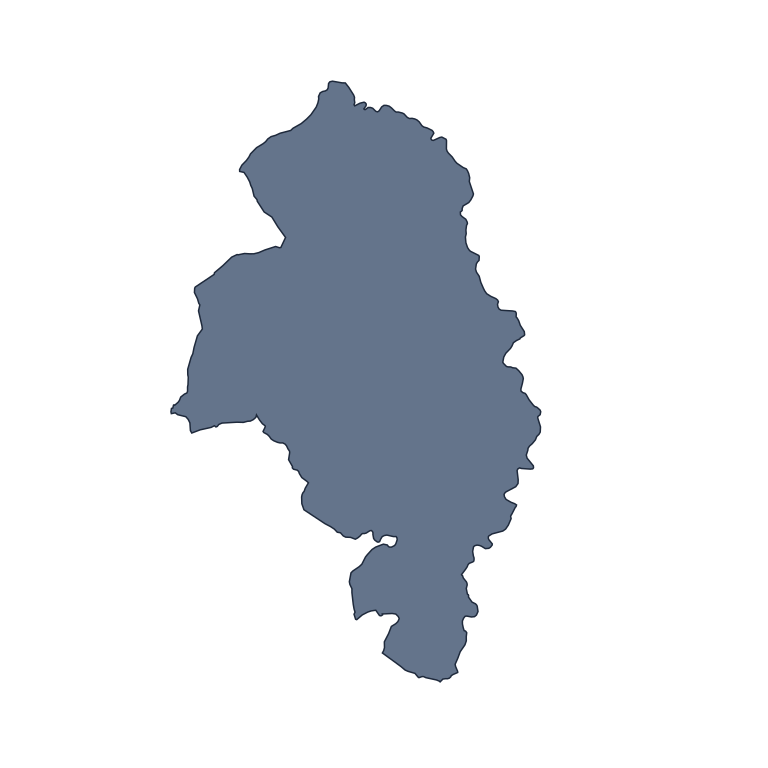 the district of Cuautempan, Puebla, Mexico, rotated 145°
{"feature_id": "50627088B27236807147286", "entity_name": "Cuautempan", "entity_type": "district", "adm_level": 2, "iso_a3": "MEX", "parent_name": "Mexico", "parent_adm1": "Puebla", "projection": "albers", "projection_center": [-97.792, 19.919], "detail": "fine", "context": "isolated", "style": "filled", "palette": "slate", "viewbox_px": 768, "rotation_deg": 145, "n_neighbors": 0, "source": "geoboundaries", "source_scale": "gbopen_adm2", "svg_char_len": 6171}
<svg xmlns="http://www.w3.org/2000/svg" viewBox="0 0 768 768"><g transform="rotate(145 384 384)"><path d="M519.4,248.2L525.8,241.9L526.9,239.4L527.7,234.7L530.0,231.4L535.6,221.1L537.6,216.8L538.6,213.7L540.6,212.6L542.2,207.6L541.5,206.6L534.2,207.3L528.2,206.5L524.7,205.5L520.5,203.4L520.5,197.0L519.8,196.1L519.0,195.7L517.6,195.7L517.3,196.6L508.9,191.3L506.3,188.8L505.7,185.4L506.1,183.1L508.9,181.4L511.9,180.9L517.0,181.2L523.4,176.9L531.6,172.6L534.8,167.8L537.2,165.8L539.6,164.6L532.3,143.2L530.8,137.6L529.1,134.8L524.6,129.2L524.2,124.3L523.8,123.4L520.6,122.5L519.3,121.5L518.2,119.5L510.8,111.5L509.2,109.0L508.9,107.8L505.0,108.5L502.6,107.3L501.0,106.1L499.3,105.6L497.4,105.8L496.2,106.5L494.0,106.4L489.1,105.4L488.5,106.4L487.4,111.5L486.5,113.6L480.9,117.0L475.1,121.0L467.3,123.9L463.9,126.4L461.5,129.9L458.9,132.8L458.9,134.8L459.8,136.0L458.9,138.9L457.4,142.4L455.7,144.9L453.1,146.5L450.8,147.2L449.4,146.5L446.0,143.0L443.3,141.5L440.8,141.7L437.5,143.7L435.1,148.5L434.9,149.7L435.1,151.4L437.0,154.9L437.0,161.0L436.1,162.1L435.8,163.0L436.2,164.0L433.9,169.3L431.1,171.7L430.3,173.2L430.0,174.7L430.3,179.6L429.6,182.0L429.9,182.7L429.8,183.4L423.6,185.4L420.8,186.5L418.8,187.8L417.1,188.2L413.2,187.3L412.1,187.4L411.1,188.3L410.0,189.9L409.4,191.9L407.4,196.0L404.0,199.3L402.5,199.5L400.2,198.7L398.4,197.0L397.2,195.2L395.4,191.0L392.4,189.3L390.5,189.2L387.8,190.0L387.0,190.9L387.4,196.6L387.0,197.8L386.1,199.1L385.3,199.4L381.4,199.2L371.0,195.4L367.6,195.4L363.1,197.1L357.1,200.8L356.2,202.9L355.2,203.7L354.7,203.7L347.1,207.7L346.2,207.8L344.8,208.9L345.6,211.0L347.8,214.3L350.2,219.4L350.0,222.6L348.9,224.8L346.9,225.6L345.5,225.6L335.0,224.3L331.3,225.6L329.0,228.6L324.6,236.8L322.9,237.7L321.0,237.5L319.9,236.0L313.0,230.4L310.9,229.2L310.0,229.4L309.5,229.7L308.6,231.3L309.3,241.2L308.2,244.2L304.2,247.2L302.9,248.7L300.4,249.7L296.7,250.1L292.0,251.4L289.0,253.4L285.9,253.9L283.6,255.0L280.4,259.1L277.5,268.1L276.6,269.1L273.7,269.3L271.5,271.4L271.1,273.1L271.7,275.8L272.2,277.5L273.5,279.2L273.9,281.7L274.2,287.9L273.6,293.7L273.8,295.4L275.2,297.3L275.8,299.6L274.8,301.3L270.1,305.3L266.8,308.5L266.1,310.1L265.6,312.4L266.0,317.6L266.8,321.3L269.3,323.5L270.4,325.3L272.5,326.8L273.6,328.1L274.3,332.3L274.2,333.7L270.4,337.4L266.6,339.3L260.0,340.6L257.4,341.7L254.3,343.6L250.4,343.6L246.8,343.0L245.9,343.5L241.5,343.3L240.6,343.6L239.0,346.5L238.7,353.9L237.4,358.5L237.1,361.8L237.3,363.2L235.4,365.6L234.8,367.0L234.9,368.1L236.8,370.1L245.8,377.3L246.7,379.4L246.5,381.7L245.3,384.2L243.1,385.8L242.8,387.6L243.4,389.8L246.2,394.5L248.1,399.1L248.1,402.6L247.6,405.8L246.4,411.7L244.2,417.7L244.1,422.5L243.1,425.6L239.5,429.4L237.3,430.4L235.3,430.7L232.9,433.7L232.6,434.9L237.1,443.2L237.4,445.2L237.3,447.8L235.9,452.7L233.0,457.7L230.5,459.9L228.6,463.1L225.4,466.6L223.7,467.5L223.0,468.8L222.5,472.0L224.0,476.4L224.3,478.7L222.8,481.1L221.3,481.1L220.4,481.4L219.2,483.0L217.0,484.5L210.5,484.0L207.3,485.0L203.2,487.1L201.7,488.4L198.0,500.9L195.5,503.8L193.9,507.9L193.3,510.9L193.2,513.0L195.0,515.9L197.7,523.1L198.0,525.9L197.9,530.8L198.8,536.2L198.8,538.4L198.1,540.7L193.2,547.5L192.8,548.9L195.0,553.1L196.8,553.9L203.8,555.2L204.8,556.1L205.0,557.2L204.7,558.4L199.3,560.9L199.0,562.6L199.2,564.3L201.8,569.0L204.1,571.8L204.8,573.9L204.8,578.5L205.5,581.3L206.7,583.4L208.6,585.5L210.9,586.9L212.0,589.0L212.7,593.9L213.6,595.5L216.3,598.6L218.0,599.7L218.7,601.4L219.5,605.8L220.4,608.6L222.2,610.8L224.2,612.3L227.0,612.3L231.2,610.6L233.1,610.6L234.3,612.0L235.1,616.4L236.4,618.2L238.4,619.6L241.9,619.5L242.6,620.1L242.7,620.9L239.1,622.2L238.0,623.5L238.0,624.9L238.7,626.3L242.6,627.8L248.4,628.6L248.4,629.9L246.5,631.3L245.3,633.8L243.7,635.8L243.1,638.2L242.7,647.1L243.0,652.8L245.6,654.7L252.5,661.6L255.0,662.6L257.0,662.0L260.0,658.5L261.8,657.6L263.9,657.7L266.5,658.8L269.3,659.1L272.7,657.1L274.0,654.9L276.9,652.2L280.7,649.7L289.4,646.5L295.5,645.4L302.5,644.8L311.8,645.7L315.0,645.2L325.2,649.0L330.2,649.9L334.6,651.4L338.6,651.4L342.0,650.4L345.2,650.2L352.8,650.7L361.3,649.1L364.5,647.4L368.6,646.0L374.9,644.8L379.3,642.5L380.3,640.9L377.3,637.6L377.4,631.8L378.1,626.5L379.2,623.2L379.8,619.7L382.7,612.4L382.3,607.8L383.0,606.4L383.5,593.6L380.1,585.1L380.8,573.5L380.6,560.5L390.2,555.0L391.5,555.6L393.9,558.8L404.6,562.1L411.3,563.5L415.9,565.3L419.0,567.4L423.4,570.9L429.4,573.5L430.1,574.3L436.0,575.3L448.0,573.4L459.0,572.4L460.3,571.2L482.9,571.7L484.1,571.1L486.8,567.7L487.9,560.8L489.4,556.4L489.5,554.4L494.0,550.3L499.8,536.0L501.3,533.2L509.2,530.5L518.5,523.0L523.3,518.4L526.7,516.5L536.4,508.6L539.5,504.0L540.4,501.9L545.0,495.8L546.6,494.3L549.1,490.7L550.7,489.7L553.2,490.2L558.0,489.9L561.0,487.9L563.2,487.1L567.6,486.7L568.0,487.4L568.6,487.4L570.8,485.4L572.1,485.9L574.5,483.4L575.2,481.7L571.5,480.1L570.6,477.2L565.1,470.9L564.7,467.3L565.3,463.5L569.3,456.9L569.6,454.1L560.9,451.9L550.5,447.6L546.9,447.1L546.3,445.2L544.9,444.9L542.5,445.6L539.1,444.9L526.3,437.0L521.2,433.2L517.1,431.7L514.8,430.3L511.6,429.8L509.4,430.0L507.9,430.3L506.2,431.8L506.6,426.1L506.4,421.2L505.4,418.1L505.6,417.3L506.9,416.4L510.3,414.5L510.3,413.2L508.5,409.6L508.0,406.9L508.0,403.7L506.9,400.8L504.7,397.3L502.9,395.3L500.7,393.8L499.5,391.5L499.3,389.2L499.9,385.8L499.9,383.2L500.7,381.8L505.6,376.7L506.3,368.9L507.2,367.9L507.0,366.1L504.5,363.2L504.1,361.3L504.7,359.2L505.0,354.5L503.0,348.5L502.6,346.4L508.3,343.8L511.1,341.8L512.6,341.5L514.5,340.4L516.3,338.7L520.0,333.0L521.7,326.9L512.5,303.5L509.6,297.9L507.9,293.6L507.3,289.4L505.0,287.1L504.5,282.9L503.2,280.5L499.3,277.5L496.5,273.3L493.8,273.0L490.9,273.2L488.3,273.9L487.0,273.7L486.2,272.9L484.1,272.1L479.6,271.9L478.3,271.1L478.1,269.5L478.4,268.4L479.4,267.1L481.1,263.4L481.1,261.4L480.1,258.4L479.1,257.6L478.0,257.4L475.6,258.9L473.0,260.0L470.7,259.7L468.3,258.6L463.7,253.5L461.6,252.1L461.6,250.7L462.5,248.9L466.0,246.3L468.0,245.6L471.4,246.1L472.9,247.1L473.6,248.3L473.6,250.2L476.4,253.2L484.4,255.2L488.7,255.3L495.4,253.8L498.4,252.9L505.5,249.1L509.1,248.6L516.8,248.7L519.4,248.2Z" fill="#64748b" stroke="#1e293b" stroke-width="1.5"/></g></svg>